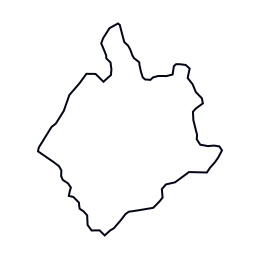 outline of Livadia Larnakas, Larnaca, Cyprus, rotated 175°
{"feature_id": "46923920B34186369498316", "entity_name": "Livadia Larnakas", "entity_type": "district", "adm_level": 2, "iso_a3": "CYP", "parent_name": "Cyprus", "parent_adm1": "Larnaca", "projection": "orthographic", "projection_center": [33.633, 34.954], "detail": "fine", "context": "isolated", "style": "outline", "palette": "ink", "viewbox_px": 256, "rotation_deg": 175, "n_neighbors": 0, "source": "geoboundaries", "source_scale": "gbopen_adm2", "svg_char_len": 1259}
<svg xmlns="http://www.w3.org/2000/svg" viewBox="0 0 256 256"><g transform="rotate(175 128 128)"><path d="M160.6,23.0L154.7,27.5L150.9,29.3L143.1,36.9L138.1,42.4L134.6,44.5L123.4,45.2L109.8,46.3L102.8,52.3L99.6,55.7L99.6,64.2L95.1,68.5L85.8,69.8L71.1,78.8L53.3,76.8L49.7,81.3L44.4,86.3L40.7,90.7L36.3,97.5L38.6,101.7L43.9,103.0L50.0,103.0L57.5,105.1L60.5,110.8L59.8,115.1L61.4,125.2L62.2,130.0L61.9,138.5L58.7,141.5L51.3,146.0L51.8,151.1L57.3,157.9L59.8,165.9L64.2,172.6L61.4,181.9L65.1,185.8L70.6,187.0L74.5,187.4L76.9,185.6L78.9,177.4L85.1,176.4L93.4,177.2L98.7,176.2L101.5,174.0L106.8,174.9L108.9,177.2L110.2,182.9L111.1,190.0L111.1,192.5L116.0,197.1L117.3,200.0L119.0,206.2L120.8,210.1L124.2,213.9L125.4,220.6L127.2,231.4L128.9,233.0L137.8,229.0L144.9,219.7L147.3,214.7L145.0,207.5L143.4,202.1L143.6,199.3L139.7,194.8L139.4,187.9L140.4,182.2L144.0,179.6L148.4,176.2L155.6,184.7L164.7,185.6L172.3,176.9L183.6,165.9L190.5,150.6L199.5,138.7L199.8,138.5L204.1,135.7L218.6,116.3L219.7,112.6L205.3,100.7L200.0,95.9L198.1,91.6L198.8,85.9L197.5,82.0L192.6,78.1L190.1,73.7L191.5,70.1L192.9,65.5L188.5,64.1L183.4,58.0L183.4,54.5L183.2,51.8L179.5,48.8L176.3,44.5L176.7,34.9L173.2,29.1L165.2,28.5L160.6,23.0Z" fill="none" stroke="#020617" stroke-width="2"/></g></svg>